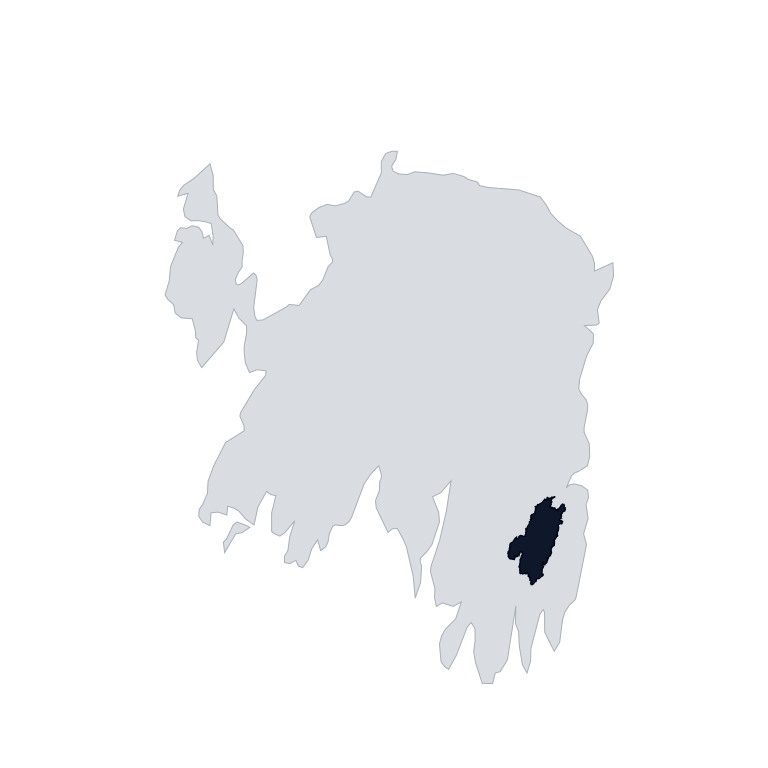 location of Macroom Lea-6, Cork, Ireland, rotated 294°
{"feature_id": "5873133B25756375031462", "entity_name": "Macroom Lea-6", "entity_type": "district", "adm_level": 2, "iso_a3": "IRL", "parent_name": "Ireland", "parent_adm1": "Cork", "projection": "robinson", "projection_center": [-8.909, 51.94], "detail": "fine", "context": "in_parent", "style": "filled", "palette": "ink", "viewbox_px": 768, "rotation_deg": 294, "n_neighbors": 0, "source": "geoboundaries", "source_scale": "gbopen_adm2", "svg_char_len": 9474}
<svg xmlns="http://www.w3.org/2000/svg" viewBox="0 0 768 768"><g transform="rotate(294 384 384)"><path d="M487.6,154.9L471.0,163.5L468.5,166.7L463.9,180.1L463.3,184.0L453.0,198.9L447.1,201.9L438.3,204.4L433.3,206.8L427.0,205.6L419.0,205.7L415.0,208.4L415.2,210.5L417.6,212.8L432.4,219.7L431.6,222.6L427.5,225.8L401.0,233.8L393.1,238.7L390.4,241.9L393.2,247.3L414.5,263.4L418.1,265.1L421.3,274.5L440.0,278.4L447.7,284.3L454.4,285.7L468.7,285.2L474.5,287.4L477.7,285.7L479.6,282.6L495.5,271.2L490.4,262.7L506.5,248.1L510.9,248.3L518.6,252.7L524.9,258.9L527.0,267.2L533.0,274.6L536.9,277.2L547.2,278.7L549.6,281.6L547.9,292.4L549.5,295.9L575.8,295.7L586.2,291.0L595.3,291.8L599.9,296.6L602.0,301.6L594.2,303.5L586.0,302.4L582.1,305.7L581.9,312.0L584.8,320.1L590.4,325.8L594.9,338.7L598.8,353.1L604.6,361.7L606.0,372.5L605.2,377.8L606.4,387.3L604.1,390.6L606.0,399.5L616.1,428.3L618.4,450.7L613.8,459.1L607.6,467.1L603.6,476.6L600.6,486.8L598.9,503.3L585.4,522.6L579.6,527.4L572.8,530.3L587.9,543.8L575.9,549.8L562.6,551.7L547.9,548.3L538.7,548.8L527.2,555.8L524.5,554.5L518.9,543.4L515.0,554.9L506.5,558.5L492.0,557.7L467.8,560.8L458.5,564.0L454.7,569.1L451.9,575.0L448.1,578.5L443.8,580.3L425.1,584.7L421.4,586.4L412.8,595.9L401.5,601.4L392.0,603.1L383.6,597.5L380.2,594.2L376.3,592.5L363.4,592.8L367.5,594.5L370.1,598.4L371.4,605.9L370.0,613.2L363.7,616.9L356.1,617.6L344.1,625.2L328.3,627.3L319.8,634.3L267.4,646.2L264.4,646.3L257.2,643.3L249.4,642.0L241.6,642.9L219.6,649.5L209.0,648.2L222.6,631.8L240.8,623.5L242.7,621.2L236.8,620.1L202.2,625.8L190.2,630.7L178.1,632.2L183.8,624.7L199.3,614.4L212.7,607.6L218.5,601.6L234.8,594.7L182.3,608.9L168.5,607.2L165.3,603.2L154.5,605.1L150.5,595.5L166.6,581.0L175.9,574.8L186.9,571.5L197.5,566.6L201.4,560.7L196.5,558.9L164.8,560.4L149.6,559.1L150.5,554.4L153.3,549.2L169.1,540.4L177.6,539.0L185.2,539.8L198.6,545.0L216.4,543.3L209.0,537.7L207.7,526.2L202.1,522.3L209.4,517.0L217.7,513.8L231.6,502.7L236.6,501.1L264.0,498.4L293.6,492.6L322.9,484.6L307.9,480.1L300.7,474.2L289.1,486.1L280.8,490.7L257.3,493.1L249.8,491.8L239.4,488.1L236.1,489.5L233.0,492.4L217.5,498.2L201.1,499.6L220.2,488.9L244.4,470.7L249.8,464.9L257.4,454.9L255.1,450.5L250.1,448.0L267.6,427.4L273.8,423.7L284.9,423.1L293.1,419.8L296.7,419.8L300.0,418.6L307.2,412.4L296.1,408.5L284.7,406.5L249.3,408.6L244.7,408.2L240.3,406.3L237.5,403.5L235.4,396.6L232.8,395.0L224.8,395.0L216.9,397.1L211.5,396.9L206.1,393.9L214.7,386.7L203.7,385.0L192.4,386.4L183.1,384.3L182.9,379.8L187.1,375.3L181.6,371.1L180.5,365.7L186.4,363.1L192.9,363.9L206.0,360.0L222.8,358.1L208.4,354.1L202.7,350.8L202.5,345.7L203.6,341.3L220.4,333.8L238.1,330.6L236.9,325.7L238.1,320.4L220.2,318.9L202.4,322.6L204.4,312.5L208.7,303.4L209.6,297.3L208.7,290.9L200.4,293.7L199.5,284.6L196.0,278.4L183.7,282.6L184.1,274.4L187.7,268.7L194.1,266.2L200.4,267.3L212.3,267.2L223.7,262.8L240.1,261.7L266.3,263.1L284.3,275.3L288.9,273.1L296.1,265.4L299.5,264.6L326.6,267.9L343.5,272.3L348.0,271.0L345.5,262.4L339.7,256.5L347.0,248.7L355.8,243.5L361.7,240.9L375.3,237.6L381.3,234.6L385.2,224.6L391.5,216.3L357.3,220.6L324.8,210.8L329.9,203.8L336.8,199.9L348.6,196.8L349.7,193.2L355.7,190.2L365.6,182.3L361.9,171.9L363.8,164.4L370.9,159.6L373.1,152.7L376.3,147.7L390.7,145.9L404.5,141.2L425.9,140.5L431.4,142.4L430.1,134.1L440.1,133.0L444.1,134.7L445.9,140.6L450.5,144.3L451.9,150.9L448.9,155.9L443.8,159.8L448.6,163.8L441.3,171.1L449.2,168.0L460.3,160.9L459.6,155.1L457.7,147.9L454.5,141.3L455.9,134.1L462.1,129.6L478.5,127.4L471.7,119.2L477.7,118.5L484.2,120.2L493.9,126.5L514.4,135.5L504.6,143.4L492.4,148.9L487.6,154.9ZM198.8,315.8L198.4,319.7L190.5,314.8L186.7,309.5L165.1,307.0L174.2,301.6L178.6,303.2L193.8,303.5L198.1,305.7L198.8,315.8Z" fill="#d9dde1" stroke="#a8b0b8" stroke-width="1"/><path d="M279.7,566.2L279.5,566.7L279.2,566.7L279.0,567.0L278.9,567.3L278.7,567.2L278.5,567.5L278.2,567.4L277.9,567.6L277.6,567.7L277.4,567.5L277.1,567.6L276.9,567.8L277.0,568.0L276.8,568.0L276.8,568.6L276.6,568.6L276.5,568.8L276.1,569.0L276.0,569.5L275.9,569.6L276.0,569.7L275.7,570.0L275.9,570.3L275.7,570.4L275.8,570.4L275.7,570.8L276.1,571.3L276.1,572.0L276.7,574.4L278.8,574.2L279.7,573.9L279.9,573.7L279.8,574.3L280.3,575.6L282.1,576.6L282.1,576.9L282.3,576.8L282.2,576.7L282.4,576.7L282.5,576.5L282.7,576.8L282.9,576.6L282.9,576.8L283.3,576.7L284.9,576.9L286.0,576.5L286.8,577.8L286.7,578.1L286.2,578.7L285.9,578.7L285.7,579.3L285.2,579.7L284.7,579.9L282.7,579.5L281.7,579.9L280.5,579.9L279.7,579.8L278.6,579.9L277.6,580.5L276.6,580.9L274.3,581.4L274.0,581.6L272.0,581.7L271.4,582.3L271.3,583.1L269.2,583.7L268.2,584.5L266.8,584.9L266.4,585.5L266.7,585.6L266.6,586.0L267.0,586.7L266.9,587.4L267.0,588.0L267.8,588.9L268.7,589.3L268.5,589.5L268.5,590.1L268.2,590.3L268.3,590.9L269.0,591.0L269.7,591.4L270.0,591.8L269.4,592.0L268.8,593.3L268.2,593.7L267.7,593.7L267.0,594.1L267.1,595.0L266.3,595.6L266.5,596.0L264.5,597.1L264.2,597.1L264.4,597.8L264.3,598.2L264.0,598.5L262.4,599.0L261.8,598.9L261.0,599.9L260.7,600.0L261.1,601.1L261.8,601.3L262.1,601.7L262.6,601.9L264.3,601.9L264.6,602.0L265.2,603.0L265.5,603.1L268.1,602.7L268.4,602.8L268.8,603.5L269.1,604.4L269.3,604.6L269.9,605.1L270.8,605.3L272.1,606.0L272.6,606.5L273.8,607.1L274.9,606.7L274.6,605.8L275.2,605.2L275.9,605.0L276.4,604.7L277.6,604.5L277.8,604.0L280.1,603.7L280.4,603.9L281.9,604.0L282.6,603.3L282.7,602.6L282.6,602.2L282.8,602.3L284.0,601.3L285.6,601.5L285.4,601.8L285.2,601.9L285.5,602.0L285.5,602.3L284.6,602.8L284.3,603.1L284.5,603.3L284.4,603.5L284.6,603.7L284.2,604.1L284.2,604.4L285.5,604.2L285.6,604.5L286.2,605.0L286.6,605.1L287.2,605.3L287.8,605.0L289.8,605.0L291.1,604.8L291.2,604.3L291.5,604.8L291.8,604.9L292.6,604.8L292.7,604.6L293.4,604.9L294.2,604.9L294.6,605.6L295.9,605.7L298.2,605.5L298.8,605.1L298.9,604.8L299.5,604.6L299.4,604.3L300.0,604.0L302.7,603.7L303.5,603.9L303.9,603.7L304.2,604.0L304.4,604.3L305.9,605.1L307.5,604.5L307.9,604.5L308.1,604.3L308.3,603.9L309.2,603.9L309.6,603.7L310.5,603.1L310.9,602.8L311.2,602.8L311.6,602.7L311.8,602.9L311.9,603.4L312.4,603.3L313.9,603.7L315.1,603.5L315.3,603.8L315.4,604.2L316.0,604.2L315.8,603.3L316.0,603.1L316.1,603.4L316.0,603.5L316.6,603.6L316.8,603.2L317.1,603.4L317.5,603.4L317.9,603.1L318.7,602.9L319.0,602.2L319.5,601.8L320.0,602.1L320.6,602.9L320.9,602.8L324.3,601.8L324.4,601.6L324.2,601.1L324.3,601.0L326.2,600.6L327.5,601.0L328.5,602.4L328.6,602.7L328.5,602.9L328.6,603.2L328.9,603.3L330.0,603.0L330.7,603.2L330.9,602.6L330.9,602.3L330.8,602.1L330.9,601.9L331.2,602.0L331.4,601.9L331.4,601.4L331.1,601.1L330.8,600.3L330.6,600.1L331.8,599.6L332.5,599.5L332.9,599.6L333.6,600.4L333.7,600.1L334.4,599.9L334.4,599.7L334.9,599.7L335.5,599.9L336.7,599.0L337.4,599.0L337.7,599.0L338.2,599.3L339.4,599.2L340.2,599.4L340.6,599.9L341.5,600.7L343.1,600.6L343.1,600.3L343.4,600.0L344.5,600.0L344.3,599.2L344.6,598.7L345.4,598.3L346.3,598.2L347.1,597.3L346.9,596.9L346.7,596.8L346.6,596.5L346.8,596.0L346.4,595.8L346.1,595.9L345.6,595.8L345.4,595.4L345.1,595.5L344.9,595.2L344.0,595.2L342.7,594.9L340.3,594.2L338.8,594.2L338.8,593.9L339.0,593.9L338.9,593.6L339.2,593.4L339.0,593.1L339.2,592.9L339.5,592.9L339.3,592.7L339.1,592.1L338.8,591.6L339.1,591.2L339.8,590.9L339.7,590.8L339.9,590.4L339.6,590.4L339.3,589.6L339.0,589.6L339.3,589.0L339.4,588.8L339.7,588.7L339.6,588.0L339.2,587.6L339.2,587.2L338.7,587.1L339.2,586.6L339.3,586.3L339.1,586.2L339.5,586.2L339.4,585.6L339.5,585.3L339.6,585.2L340.6,585.4L340.8,585.6L342.0,585.7L342.4,584.9L343.1,585.1L343.6,585.0L343.8,585.2L344.0,585.0L344.6,585.1L344.8,585.1L345.3,584.3L345.3,584.0L345.4,583.8L345.3,583.7L345.3,583.4L345.6,583.3L345.6,583.5L345.9,583.7L346.8,583.8L347.0,584.0L348.1,584.4L349.3,585.4L349.7,585.6L350.2,585.5L350.6,586.2L350.8,586.4L350.6,586.2L350.4,585.7L350.0,585.2L349.4,584.8L349.0,584.2L348.8,583.3L347.5,583.1L347.3,582.1L347.0,581.9L346.8,582.0L346.7,581.7L346.4,581.4L346.6,580.5L346.4,580.2L346.7,580.0L346.8,579.5L346.3,579.3L346.0,579.3L345.3,579.8L344.1,580.0L344.1,579.9L344.1,579.6L344.0,579.2L344.1,578.9L343.9,578.8L344.1,578.2L344.1,577.7L343.0,577.6L341.9,577.2L341.2,577.1L340.4,576.8L339.1,576.4L338.6,576.0L338.5,575.6L337.2,574.8L336.6,574.3L336.3,574.2L336.2,573.4L334.9,573.5L334.3,573.6L334.0,573.4L333.8,572.4L333.4,572.1L333.3,572.3L333.3,572.6L333.2,572.7L332.9,572.9L332.7,573.2L331.8,573.2L331.8,573.4L331.6,573.3L329.9,573.8L328.7,573.9L328.0,574.1L327.8,574.4L327.0,574.2L326.4,573.7L326.0,573.6L325.8,573.3L325.3,573.1L325.0,572.8L325.0,572.4L324.8,572.2L323.2,571.8L322.4,572.3L321.5,572.6L321.5,572.9L321.2,573.1L321.2,573.7L320.7,573.6L319.8,572.9L319.1,573.5L318.2,573.6L317.7,573.4L317.4,572.9L315.9,573.6L314.2,573.6L313.6,573.4L312.2,573.2L311.4,573.2L309.9,573.6L309.6,572.5L308.3,573.0L308.1,573.2L308.2,573.8L306.0,573.8L304.8,574.7L303.7,574.4L302.3,574.7L301.8,574.0L301.4,573.1L301.4,571.1L300.8,570.0L300.6,569.9L300.0,569.8L299.3,569.5L299.3,569.4L297.2,569.2L296.8,568.7L296.5,567.9L296.5,567.4L296.8,567.6L297.7,567.3L296.0,566.5L295.3,566.7L294.7,566.7L294.4,566.5L294.0,566.1L293.6,566.2L292.5,566.1L292.3,566.3L292.0,566.4L291.5,565.9L291.4,565.5L291.0,565.1L290.6,565.0L290.5,564.7L289.8,564.6L289.2,564.3L288.0,564.5L287.6,564.9L286.3,565.2L286.0,565.7L285.6,565.4L285.1,565.5L284.9,565.4L284.6,565.6L284.6,565.9L284.0,565.8L283.2,566.1L282.4,566.0L281.8,566.4L281.7,566.1L281.4,566.0L281.2,566.2L281.0,565.9L280.8,566.2L280.4,566.1L280.5,566.4L280.3,566.4L280.2,566.2L279.7,566.2Z" fill="#0f172a" stroke="#020617" stroke-width="1.5"/></g></svg>